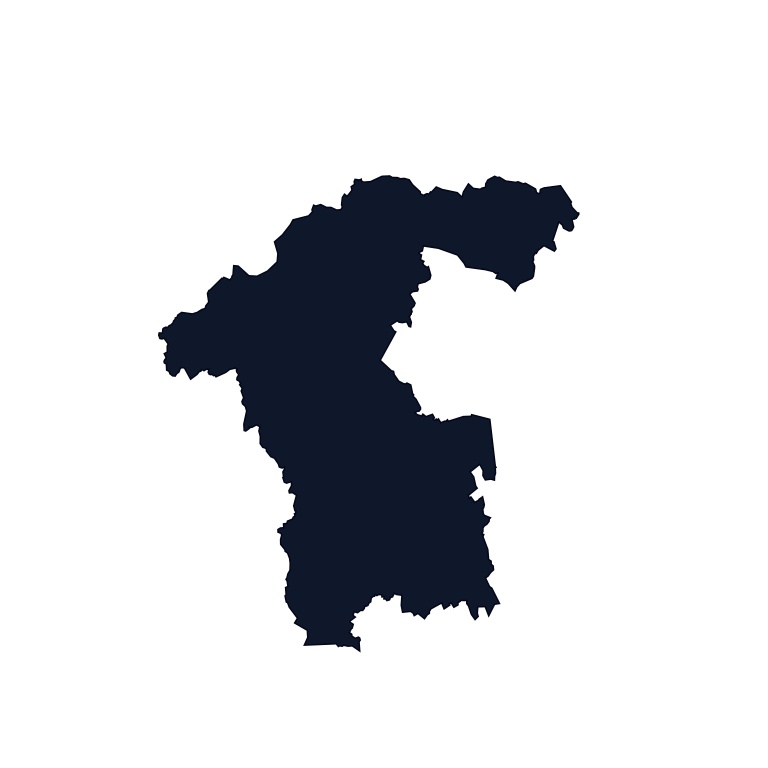 the district of Kinnegad Lea-5, Westmeath, Ireland, rotated 213°
{"feature_id": "5873133B19400646094396", "entity_name": "Kinnegad Lea-5", "entity_type": "district", "adm_level": 2, "iso_a3": "IRL", "parent_name": "Ireland", "parent_adm1": "Westmeath", "projection": "orthographic", "projection_center": [-7.232, 53.592], "detail": "fine", "context": "isolated", "style": "filled", "palette": "ink", "viewbox_px": 768, "rotation_deg": 213, "n_neighbors": 0, "source": "geoboundaries", "source_scale": "gbopen_adm2", "svg_char_len": 6159}
<svg xmlns="http://www.w3.org/2000/svg" viewBox="0 0 768 768"><g transform="rotate(213 384 384)"><path d="M167.6,262.8L182.4,271.5L185.2,271.6L193.3,276.6L192.1,279.5L191.9,284.0L190.9,287.8L193.4,290.9L195.8,291.1L197.7,293.8L200.7,293.8L206.8,301.7L217.8,309.8L218.4,312.1L220.4,311.5L220.7,314.2L222.6,317.1L222.6,319.4L221.3,322.6L221.1,326.1L222.2,328.0L221.9,329.8L228.3,328.5L230.2,329.4L233.2,333.2L233.0,334.4L234.1,337.4L239.9,343.1L241.5,339.0L241.3,338.1L243.4,334.2L249.6,336.6L250.5,334.6L252.5,336.7L249.1,347.4L251.4,348.3L258.1,354.9L263.9,357.2L260.0,368.8L253.7,365.4L251.1,361.0L246.8,358.7L242.6,362.4L239.0,363.5L241.1,367.0L241.7,369.6L245.2,374.6L244.7,375.1L246.0,375.8L276.0,412.0L293.8,406.0L293.3,404.4L299.7,399.9L309.7,387.8L311.3,388.6L311.8,386.3L312.7,386.1L315.3,382.4L319.4,384.4L319.9,382.6L321.1,383.0L321.4,381.2L323.6,381.2L323.3,383.1L326.8,385.0L331.0,379.5L334.5,379.9L335.2,379.7L334.6,377.8L339.2,376.4L342.5,376.7L341.0,379.5L339.8,380.3L339.6,382.7L340.5,384.1L348.9,388.7L352.8,389.6L353.3,391.2L354.6,391.3L361.0,397.8L365.3,397.3L366.0,395.7L367.8,394.9L373.2,394.4L380.5,397.4L382.9,399.8L385.0,399.1L400.1,401.8L402.5,434.2L404.6,434.0L410.7,436.7L407.3,444.3L405.1,444.0L402.1,445.4L398.8,448.5L394.4,445.9L392.8,446.4L394.7,450.7L399.6,454.4L399.2,455.3L399.7,456.4L399.2,457.4L400.1,458.9L399.7,459.8L402.1,461.9L401.3,465.9L402.0,468.8L411.3,473.4L410.3,477.0L406.5,480.3L407.0,482.2L408.9,483.5L410.0,486.6L405.0,492.1L402.7,497.0L403.9,500.6L410.7,506.6L411.4,505.2L415.3,505.3L417.3,506.3L417.3,508.6L421.1,508.2L422.8,512.6L425.9,512.5L426.4,513.2L424.3,516.5L426.2,521.2L412.3,527.5L392.6,532.2L382.6,528.9L379.0,526.8L361.3,535.1L354.0,537.7L350.5,537.6L348.9,539.3L347.6,533.7L340.7,536.1L334.7,536.1L324.8,533.4L325.5,537.6L324.8,542.2L317.4,553.2L317.4,555.8L320.9,563.3L322.1,565.1L326.0,567.6L325.9,569.2L328.5,572.8L328.2,576.8L327.4,576.7L327.6,580.1L325.2,587.2L313.5,588.2L313.3,591.0L318.9,595.8L320.4,595.4L325.6,615.1L321.0,614.5L318.3,612.5L312.3,613.1L310.6,614.3L310.1,615.8L310.5,619.1L316.1,624.5L313.8,626.3L314.4,627.3L313.0,627.8L313.1,632.6L313.9,633.5L315.0,632.7L322.6,634.6L325.8,637.2L325.9,638.7L344.0,646.4L356.6,635.6L358.8,632.4L357.2,628.9L357.9,628.0L360.3,627.6L363.1,630.1L374.7,629.4L376.4,627.6L381.8,626.6L383.2,624.9L392.5,620.5L399.9,620.3L401.4,618.9L404.3,618.5L408.0,611.8L407.7,607.3L406.0,604.3L408.7,601.4L409.2,599.8L415.7,596.7L422.2,597.8L422.0,588.2L420.2,583.2L426.7,584.4L441.1,578.8L447.5,577.7L448.7,570.5L449.6,570.5L449.8,567.8L451.8,566.9L453.4,564.2L453.0,563.8L457.2,563.4L458.3,564.9L468.6,566.7L474.1,569.0L478.9,567.5L482.2,565.0L485.0,564.5L489.6,561.7L492.5,561.6L498.8,557.1L505.5,546.4L511.0,542.2L513.5,542.0L514.6,543.4L515.8,541.7L519.7,539.9L519.3,537.5L517.4,535.4L519.0,531.6L516.5,529.2L516.5,527.7L517.1,521.3L520.5,521.7L520.5,517.7L517.1,511.0L515.3,509.8L515.2,506.6L518.5,504.1L524.7,503.2L528.3,500.8L534.8,500.0L538.2,496.0L540.4,495.7L539.3,490.9L537.8,489.5L538.8,483.9L549.7,472.1L549.3,466.6L550.4,453.8L553.3,443.6L544.1,435.7L540.1,428.2L543.2,415.2L549.1,405.3L556.2,401.2L570.5,403.5L574.5,401.4L570.1,393.3L570.2,391.4L569.5,390.6L570.0,387.3L576.4,386.2L576.4,384.5L577.5,384.5L581.1,368.0L581.8,367.1L581.4,363.8L575.6,357.2L576.0,352.4L575.1,349.9L577.3,347.4L579.7,342.2L582.9,338.4L592.7,333.8L594.5,329.4L593.9,327.6L595.0,325.6L594.3,325.1L594.8,322.0L594.2,320.8L594.8,317.7L596.0,315.8L596.3,313.0L597.8,313.0L599.3,310.7L599.4,309.6L597.5,306.0L600.4,304.4L599.6,302.3L596.7,300.1L594.7,300.8L593.4,302.6L586.8,300.0L586.4,297.6L583.2,292.8L584.8,289.7L581.4,287.7L580.6,286.2L581.1,285.6L580.9,283.3L579.7,282.0L577.4,282.2L573.8,277.2L571.2,277.6L569.1,276.0L565.8,275.7L563.4,276.9L563.5,279.6L562.5,282.3L563.4,286.2L562.4,287.6L560.1,288.8L548.8,282.7L546.0,290.3L545.7,293.7L544.6,295.0L544.7,296.9L542.2,297.1L541.2,299.3L538.9,301.1L537.8,298.0L535.9,297.0L534.2,297.5L533.9,298.7L531.6,298.1L530.5,299.2L528.8,298.5L523.0,307.6L521.4,312.2L516.8,316.8L515.4,316.7L515.6,315.6L514.2,314.0L510.9,312.7L510.7,309.3L509.7,307.4L506.7,307.5L504.6,306.1L504.7,304.8L500.6,303.2L499.9,300.3L494.2,296.0L493.6,291.9L491.8,290.3L488.1,289.7L484.5,286.6L479.7,274.0L475.9,268.8L474.3,269.3L472.6,273.9L473.5,274.5L471.2,275.7L468.7,280.2L464.9,280.6L463.3,276.4L459.2,272.7L455.4,266.6L451.3,264.9L447.7,265.8L446.0,263.7L439.4,261.4L435.5,262.1L429.2,259.5L426.5,257.3L423.7,258.0L422.3,260.0L421.2,258.5L420.9,255.2L417.5,251.1L417.9,250.5L414.2,247.4L411.7,247.8L408.5,251.7L406.2,248.4L405.6,242.6L404.0,241.1L401.6,243.1L396.8,243.0L393.4,232.7L389.7,229.2L388.7,229.6L387.7,226.9L388.4,226.4L386.7,224.7L387.6,223.0L387.2,220.8L390.3,216.4L389.5,214.2L392.1,212.0L389.8,208.8L392.5,206.8L393.7,204.2L392.2,202.0L389.1,202.6L387.6,201.8L386.0,197.2L383.3,193.2L376.8,191.1L375.8,189.8L372.9,189.8L368.3,186.4L365.2,182.8L361.4,176.6L361.2,172.5L359.8,168.5L359.8,166.8L357.9,166.0L354.3,161.9L355.7,159.7L351.3,154.0L351.6,152.4L347.2,147.9L345.7,148.1L341.9,145.2L329.0,140.5L328.8,134.9L314.2,135.7L309.9,129.9L308.6,121.6L282.6,140.1L279.3,139.0L278.7,140.2L276.1,141.4L275.6,142.9L271.4,144.5L268.0,147.1L258.9,146.8L264.5,154.2L264.4,156.2L266.0,157.7L267.6,157.8L269.7,155.0L273.7,155.1L274.8,156.6L277.7,156.7L278.1,160.2L277.7,162.0L278.9,165.7L282.5,165.7L283.4,166.6L281.1,172.9L284.4,173.1L284.3,174.6L285.1,176.7L281.6,177.8L280.3,181.4L278.5,182.5L278.3,185.1L279.0,186.7L276.9,189.4L277.3,191.9L276.5,194.1L278.1,197.5L277.5,199.9L276.3,200.9L276.9,202.5L274.7,202.7L273.9,204.4L270.9,206.1L269.8,204.3L268.0,205.7L267.1,203.7L265.4,204.6L263.6,203.9L261.8,206.0L262.3,208.4L260.9,210.1L261.4,214.2L259.1,214.2L253.9,216.6L249.0,207.8L244.1,202.7L237.8,207.8L234.8,207.7L232.5,206.2L230.6,210.1L222.2,209.2L222.0,214.2L221.0,216.3L222.1,218.0L222.2,221.0L216.4,231.8L211.1,228.1L208.4,234.4L209.5,234.9L208.4,237.0L203.8,234.8L201.6,239.0L202.8,240.8L201.7,243.4L202.0,244.1L196.6,247.5L195.0,244.9L192.1,243.8L185.3,238.4L179.3,236.0L178.4,240.4L180.8,242.4L184.0,248.2L177.9,252.4L169.9,246.6L171.3,259.5L167.6,262.8Z" fill="#0f172a" stroke="#020617" stroke-width="1.5"/></g></svg>